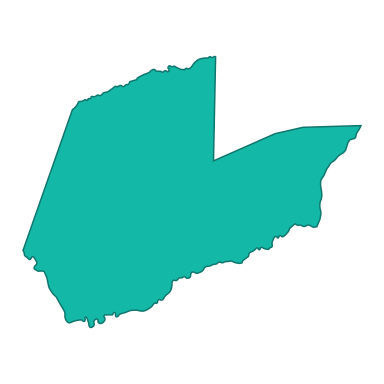 the district of San Fernando, Ocotepeque, Honduras
{"feature_id": "27666195B54888668150426", "entity_name": "San Fernando", "entity_type": "district", "adm_level": 2, "iso_a3": "HND", "parent_name": "Honduras", "parent_adm1": "Ocotepeque", "projection": "equal_earth", "projection_center": [-89.101, 14.691], "detail": "fine", "context": "isolated", "style": "filled", "palette": "teal", "viewbox_px": 384, "rotation_deg": 0, "n_neighbors": 0, "source": "geoboundaries", "source_scale": "gbopen_adm2", "svg_char_len": 5871}
<svg xmlns="http://www.w3.org/2000/svg" viewBox="0 0 384 384"><path d="M168.4,66.5L168.0,67.4L168.0,68.0L168.2,68.5L168.9,69.1L169.1,69.6L169.1,70.0L168.7,71.1L168.4,71.4L168.0,71.7L167.3,71.7L166.2,70.9L165.2,70.7L164.2,71.1L163.0,72.1L162.4,72.2L160.6,71.3L157.8,71.2L156.3,71.1L155.8,70.8L155.3,70.1L154.8,69.6L153.8,69.4L153.1,69.5L151.5,70.3L150.7,70.9L149.6,72.1L148.6,72.7L146.8,73.5L143.9,74.5L138.3,77.4L137.2,78.2L136.8,79.3L136.5,79.7L130.0,81.6L129.6,82.1L129.2,83.4L128.7,84.1L128.0,84.5L126.5,84.6L125.9,84.8L125.2,85.3L124.3,86.3L123.8,86.6L123.3,86.7L122.8,86.6L121.5,85.7L120.4,85.4L119.4,85.7L118.1,86.5L117.4,86.7L116.8,86.7L115.8,86.3L115.5,86.3L114.5,86.9L111.8,89.0L107.6,91.9L106.7,92.2L104.7,92.4L103.3,92.9L102.6,93.5L101.6,94.9L100.8,95.4L99.8,95.6L98.4,95.1L97.6,95.1L96.8,95.4L95.5,96.3L94.4,96.8L93.6,96.8L92.4,96.4L91.8,96.4L91.3,96.6L91.1,96.9L90.9,98.1L90.6,98.6L90.1,98.8L89.1,98.5L88.5,98.6L88.0,99.1L87.6,100.1L87.1,100.5L86.6,100.4L85.8,99.7L85.3,99.7L84.5,99.9L83.2,100.8L82.1,101.2L81.1,101.4L79.8,101.4L79.1,101.6L78.6,101.9L78.3,102.3L77.1,104.8L75.9,106.6L74.2,108.3L72.4,109.7L23.0,250.5L23.6,251.3L24.0,252.3L24.2,253.1L24.4,254.7L24.8,255.7L25.7,256.5L27.2,257.5L29.0,259.3L29.6,259.5L30.4,259.2L31.3,258.1L31.9,256.9L32.3,256.6L32.9,256.6L33.6,257.0L34.6,258.3L36.9,262.4L37.0,262.9L36.8,263.6L36.4,264.4L34.7,266.3L34.2,267.1L34.1,267.8L34.1,268.3L34.3,268.8L34.7,269.2L37.7,271.0L38.9,271.2L41.5,271.0L42.9,271.1L43.8,271.4L44.5,272.1L45.8,275.3L46.9,277.7L48.4,285.2L48.9,287.2L49.5,288.5L51.3,291.5L52.8,293.6L54.2,295.1L56.0,296.7L56.5,297.4L59.2,302.3L64.2,310.9L64.6,311.9L64.9,313.2L65.0,314.2L64.9,316.6L65.3,318.5L65.7,319.5L66.3,320.6L67.1,321.6L67.9,322.4L68.8,322.8L69.7,322.8L70.8,322.5L72.9,321.5L74.3,321.0L77.3,320.3L80.3,319.9L81.3,319.9L81.9,320.2L83.1,321.2L83.8,321.4L84.3,321.4L84.8,321.0L85.1,320.3L85.2,319.5L84.9,318.5L85.0,317.8L85.4,317.2L86.0,317.1L86.4,317.4L86.8,318.0L87.6,319.8L88.5,322.6L89.0,325.4L89.4,326.6L89.7,327.0L90.1,327.3L90.6,327.5L91.1,327.4L91.8,327.3L92.7,326.8L93.4,326.2L93.9,325.6L94.1,324.9L94.2,324.3L94.2,323.6L93.8,322.3L94.0,321.1L94.3,320.5L94.7,320.0L96.0,319.1L97.0,319.0L97.7,319.5L98.0,320.3L98.0,321.5L98.1,322.2L98.5,322.8L99.1,323.2L100.1,323.5L101.2,323.4L102.3,323.0L103.2,322.3L104.4,320.9L104.8,320.2L104.9,319.6L105.0,318.9L104.9,318.2L104.6,317.6L104.1,317.0L103.9,316.3L104.2,315.5L104.7,315.0L108.3,314.8L112.3,314.9L112.8,314.5L113.2,313.4L113.6,312.8L114.0,312.5L114.5,312.5L115.1,312.8L115.5,313.5L115.6,314.2L115.4,315.3L115.6,316.1L116.1,316.7L116.7,316.9L117.4,316.6L118.0,316.3L119.4,314.5L120.4,313.9L125.4,312.5L129.3,310.9L130.6,310.5L134.0,310.2L136.6,310.2L138.0,310.4L140.5,311.0L142.5,311.1L143.8,311.0L145.4,310.5L147.7,309.4L150.5,307.5L152.0,306.2L153.5,304.1L154.4,303.3L155.1,303.1L156.3,303.3L157.0,303.0L157.5,302.4L157.6,301.2L157.8,300.6L158.2,300.1L158.6,299.8L159.1,299.5L159.7,299.5L161.0,300.1L161.6,300.2L162.2,300.0L162.8,299.6L164.4,297.1L165.1,296.1L166.1,295.1L168.6,293.1L169.8,291.8L170.5,290.8L171.1,289.4L171.6,287.4L171.9,285.6L172.0,283.0L172.2,281.9L172.6,281.0L173.4,280.4L174.1,280.2L175.6,280.6L176.5,280.5L177.5,279.8L178.5,278.4L179.0,278.0L179.7,277.8L180.9,277.9L181.8,277.8L182.5,277.5L183.5,276.8L184.1,276.6L184.9,276.8L185.9,277.7L186.7,278.2L187.8,278.2L189.1,278.0L189.8,277.5L190.3,276.8L190.6,275.9L190.7,274.5L190.9,273.6L191.4,272.8L192.0,272.2L192.9,272.0L193.8,272.1L194.5,272.3L195.6,273.0L196.5,273.3L197.5,273.2L199.3,272.6L201.1,271.8L202.4,270.9L203.3,269.8L204.5,267.7L204.9,267.3L205.6,266.8L207.0,266.4L209.0,266.2L209.9,266.0L213.4,264.4L215.3,264.2L216.2,264.0L217.0,263.6L218.2,262.5L219.1,262.1L220.0,262.1L221.6,262.7L222.5,262.8L223.6,262.5L224.7,261.8L225.2,261.6L228.0,261.5L230.9,261.0L231.9,261.2L234.1,262.3L236.7,263.0L239.5,263.4L240.6,263.3L241.4,263.1L241.9,262.8L242.2,262.4L242.6,261.0L243.0,260.5L248.3,256.5L248.7,255.7L248.8,254.5L248.9,253.9L249.2,253.3L249.5,252.9L250.6,252.1L252.3,251.5L253.4,250.9L254.5,250.1L255.9,248.6L256.7,248.0L257.2,247.9L257.6,248.0L258.0,248.4L258.4,249.3L259.1,249.7L259.5,249.7L259.9,249.4L260.2,248.8L260.3,248.0L260.5,247.7L260.8,247.4L261.3,247.4L262.4,247.6L264.1,248.5L265.2,248.9L268.2,249.4L268.8,249.1L269.4,248.3L270.0,247.8L271.6,247.2L272.0,246.7L272.3,246.0L272.1,243.6L272.1,242.6L272.3,241.7L273.4,239.0L274.3,237.3L274.6,236.9L275.3,236.5L276.3,236.5L276.8,236.8L277.3,237.7L277.9,238.0L278.5,237.6L279.1,236.3L279.4,235.9L279.8,235.7L280.3,235.6L280.8,235.7L281.3,236.1L281.8,236.6L282.2,236.8L282.9,236.7L283.7,236.3L285.7,234.6L288.2,231.8L288.9,230.6L289.5,228.7L289.9,228.2L294.7,224.0L295.5,224.0L296.6,224.8L297.5,225.2L298.3,225.3L300.0,225.0L300.7,225.1L302.7,226.2L303.8,226.5L305.2,226.3L307.0,225.3L308.3,225.0L309.3,225.2L310.0,225.4L312.0,226.7L313.0,227.1L313.9,227.2L316.8,226.8L319.9,219.4L320.9,214.2L320.9,212.5L320.5,210.0L320.0,208.3L319.8,205.3L320.0,202.7L320.4,201.2L321.4,198.6L321.8,195.9L321.7,192.8L321.3,189.9L320.9,187.6L320.5,184.5L320.6,182.0L321.0,180.0L322.4,177.6L323.8,175.8L326.4,169.7L327.3,168.1L328.7,166.3L330.3,163.6L331.8,162.1L333.8,161.0L335.5,159.4L337.2,157.2L338.3,156.1L340.2,154.6L343.4,152.7L345.5,150.4L348.0,142.5L349.8,139.9L352.3,139.0L354.6,138.5L355.6,137.3L356.2,134.7L356.8,132.9L359.4,128.9L361.0,125.6L303.0,127.3L275.0,133.7L213.5,160.9L215.6,56.9L214.9,56.5L214.4,56.5L214.0,56.7L213.1,57.3L212.2,57.5L211.4,57.3L210.3,56.8L209.7,56.7L209.2,57.0L208.4,57.7L207.8,58.0L205.2,58.0L203.5,58.2L201.2,58.6L199.5,59.1L197.5,60.1L195.5,61.8L193.5,63.9L191.6,66.8L190.4,68.0L189.3,68.6L188.3,68.9L187.6,68.8L186.7,68.3L185.9,68.4L185.3,68.7L184.8,69.6L184.4,69.7L181.5,69.5L180.7,69.3L176.9,67.7L175.0,66.5L174.3,66.2L173.7,66.3L172.6,66.7L171.8,66.7L171.1,66.5L170.1,65.9L169.5,65.8L168.9,66.0L168.4,66.5Z" fill="#14b8a6" stroke="#0f766e" stroke-width="1.5"/></svg>